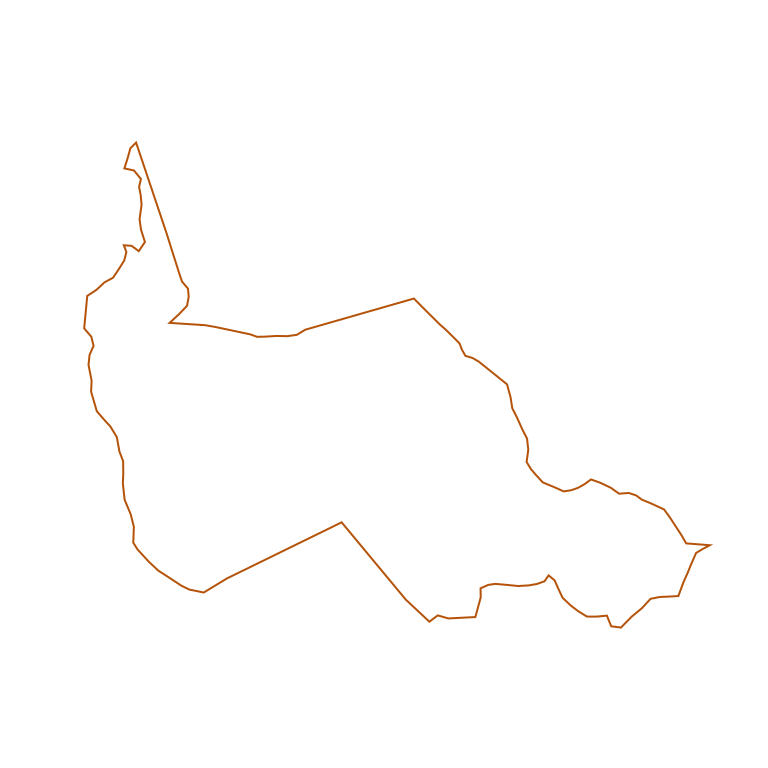 outline of Neópolis, Sergipe, Brazil, rotated 169°
{"feature_id": "56859067B29247551559532", "entity_name": "Neópolis", "entity_type": "district", "adm_level": 2, "iso_a3": "BRA", "parent_name": "Brazil", "parent_adm1": "Sergipe", "projection": "albers", "projection_center": [-36.673, -10.373], "detail": "fine", "context": "isolated", "style": "outline", "palette": "amber", "viewbox_px": 768, "rotation_deg": 169, "n_neighbors": 0, "source": "geoboundaries", "source_scale": "gbopen_adm2", "svg_char_len": 1916}
<svg xmlns="http://www.w3.org/2000/svg" viewBox="0 0 768 768"><g transform="rotate(169 384 384)"><path d="M338.8,137.8L329.8,156.0L328.2,165.0L320.1,166.9L313.0,166.6L301.2,163.2L290.9,160.1L280.5,158.7L272.2,158.5L264.1,159.7L258.9,164.7L254.0,158.7L251.8,149.2L249.5,140.1L243.0,131.0L237.0,124.2L229.2,117.0L219.8,115.1L209.4,114.1L207.2,102.8L197.9,99.7L185.2,108.4L173.5,114.8L163.3,122.3L153.6,122.3L146.7,121.2L135.5,119.7L127.7,132.5L121.8,140.9L117.6,147.4L109.9,158.6L102.8,161.2L95.0,163.6L117.8,169.9L120.9,179.0L125.1,189.3L128.9,198.6L133.0,207.4L144.8,215.9L153.1,221.4L157.7,226.5L164.5,230.3L174.2,231.5L181.3,239.0L190.6,245.8L199.0,250.8L206.8,247.2L213.6,245.0L220.6,244.0L228.1,244.3L236.2,250.0L246.9,257.1L252.3,265.9L255.9,272.2L258.9,280.2L254.9,292.0L254.0,303.1L256.8,312.7L259.7,325.1L262.7,335.7L262.3,347.0L263.3,360.2L286.7,387.9L292.2,392.7L298.7,396.1L300.9,402.6L302.1,409.4L307.3,417.2L313.2,425.8L318.0,432.0L322.8,439.1L328.0,446.7L338.4,462.2L451.0,452.3L460.2,448.9L469.8,449.4L479.9,451.6L491.1,453.1L499.6,454.5L505.5,458.1L539.0,472.3L548.5,475.9L582.8,484.9L571.2,492.1L562.4,498.4L559.1,506.8L558.2,515.0L562.7,523.0L563.8,530.9L567.2,560.3L568.6,572.8L581.3,668.3L588.0,663.8L592.3,655.1L597.7,645.2L588.7,641.3L583.5,631.7L586.8,624.2L586.8,615.9L587.8,606.1L592.5,592.4L593.1,582.0L591.6,569.0L599.4,561.2L605.4,567.8L612.9,569.8L611.7,562.7L615.5,554.7L623.6,546.1L629.8,540.0L638.8,537.2L648.1,531.4L658.5,527.1L667.7,495.8L662.3,486.3L661.8,476.9L667.5,468.7L670.4,459.1L670.4,442.9L673.0,432.4L671.1,412.0L664.5,400.6L660.8,394.7L656.4,382.9L656.6,368.2L654.8,358.0L657.1,345.5L659.3,336.4L660.7,319.9L657.5,304.3L656.8,291.5L660.4,276.1L657.5,268.6L648.9,254.6L641.2,243.9L634.8,237.8L621.4,224.7L614.4,219.4L600.7,213.7L575.3,223.1L452.0,256.3L403.7,168.1L384.8,142.0L375.4,146.6L365.6,141.6L338.8,137.8Z" fill="none" stroke="#b45309" stroke-width="2"/></g></svg>